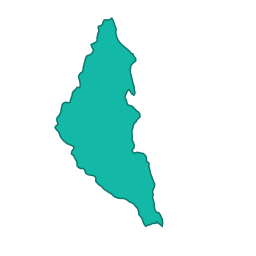 the district of Ipuiúna, Minas Gerais, Brazil, rotated 137°
{"feature_id": "56859067B76298814217950", "entity_name": "Ipuiúna", "entity_type": "district", "adm_level": 2, "iso_a3": "BRA", "parent_name": "Brazil", "parent_adm1": "Minas Gerais", "projection": "albers", "projection_center": [-46.134, -22.005], "detail": "fine", "context": "isolated", "style": "filled", "palette": "teal", "viewbox_px": 256, "rotation_deg": 137, "n_neighbors": 0, "source": "geoboundaries", "source_scale": "gbopen_adm2", "svg_char_len": 2907}
<svg xmlns="http://www.w3.org/2000/svg" viewBox="0 0 256 256"><g transform="rotate(137 128 128)"><path d="M98.2,214.2L99.2,211.7L100.0,208.6L102.5,207.3L105.6,207.3L107.6,208.3L109.3,208.8L111.2,208.1L112.9,206.9L115.0,205.7L116.9,204.3L119.1,203.0L121.3,201.1L123.1,200.1L124.9,200.5L126.7,200.3L128.9,199.6L130.1,197.5L131.2,195.4L132.3,193.8L133.8,191.7L135.7,190.5L137.5,192.5L140.1,191.9L142.1,192.2L144.5,191.7L146.6,190.0L148.7,188.9L151.2,187.6L152.9,186.3L154.5,187.0L155.7,189.1L157.6,190.1L159.9,190.1L161.3,189.0L163.0,188.1L164.5,186.9L165.8,185.8L167.5,185.0L170.0,184.1L172.8,183.9L174.3,182.8L175.4,181.1L176.6,178.4L179.4,178.7L181.1,178.1L181.5,175.5L181.4,172.6L182.0,170.6L183.0,168.8L183.5,166.7L183.7,164.7L183.8,162.3L183.5,160.1L183.2,158.2L182.2,156.0L181.1,153.5L180.2,151.2L182.3,149.8L185.1,149.2L187.1,147.6L186.6,145.2L187.1,143.2L187.9,140.6L188.3,138.6L189.5,136.7L191.1,135.0L191.1,132.9L190.3,130.7L188.1,128.7L188.6,126.1L189.7,123.9L189.2,121.4L187.7,119.2L185.9,117.0L185.1,114.8L186.1,112.7L187.8,111.4L188.1,107.8L187.8,105.3L187.1,103.2L187.4,100.8L187.0,98.5L186.4,96.0L185.8,93.5L185.0,91.2L185.0,88.9L184.6,86.5L183.7,84.9L182.8,83.0L181.0,81.2L178.8,78.9L177.7,75.8L177.4,73.4L176.6,71.6L175.6,68.8L175.8,66.7L175.9,64.8L175.8,62.8L176.5,61.0L177.5,59.2L179.0,57.4L179.2,54.8L179.5,52.5L180.3,50.3L181.3,48.4L181.8,46.4L182.1,44.0L179.7,43.4L177.3,42.0L175.4,41.7L174.0,40.4L172.6,39.3L170.9,39.7L170.9,37.8L170.3,35.7L170.1,32.8L167.7,34.5L166.4,36.3L165.1,38.0L164.6,39.9L163.8,41.8L163.2,45.1L164.6,46.6L164.3,49.5L163.1,51.6L161.6,53.3L159.9,55.7L158.6,58.2L157.3,60.6L154.9,62.2L154.0,63.9L152.9,65.3L150.7,66.1L148.0,67.5L146.6,69.1L145.9,71.2L144.9,73.7L143.7,76.4L142.6,79.3L140.8,82.2L139.8,84.2L138.3,86.3L136.6,88.0L137.1,90.9L135.4,93.1L134.3,94.7L134.0,96.9L134.3,99.2L135.5,100.6L136.6,102.4L137.9,104.0L140.3,105.1L140.9,107.2L140.2,109.0L137.6,109.3L135.3,110.9L134.1,113.4L133.4,115.5L132.3,117.5L130.9,118.7L129.5,120.4L128.0,122.4L126.2,123.8L124.6,124.5L122.5,126.2L120.3,127.0L118.0,127.1L115.3,127.9L111.7,127.9L109.7,130.4L109.5,132.9L110.0,134.7L110.1,138.0L110.0,140.2L110.6,142.3L112.4,144.8L111.5,147.4L110.2,149.5L109.6,152.1L108.0,153.5L105.9,154.4L103.7,155.3L101.1,155.6L101.3,153.5L101.9,150.6L101.4,148.0L99.1,148.7L97.5,151.3L95.7,153.5L94.5,155.9L93.4,158.1L91.9,160.6L90.6,163.0L89.5,164.8L88.6,166.8L86.7,168.8L84.8,170.6L82.7,171.9L79.9,172.0L76.6,171.8L75.0,173.5L74.7,176.8L73.9,179.1L74.9,180.9L74.6,182.9L74.7,185.1L75.0,187.3L75.3,189.5L75.5,191.5L75.7,193.9L75.7,196.7L75.1,199.7L74.1,202.4L72.8,204.8L71.2,206.9L69.7,207.8L68.3,210.2L67.5,212.5L66.7,214.1L65.7,216.5L64.9,219.4L68.2,219.9L70.0,221.8L71.7,223.2L74.0,222.5L75.7,221.3L78.3,221.4L80.4,222.6L81.9,221.0L83.1,218.6L85.7,217.6L87.5,216.2L89.5,214.8L90.8,212.9L93.1,212.7L95.5,213.5L98.2,214.2Z" fill="#14b8a6" stroke="#0f766e" stroke-width="1.5"/></g></svg>